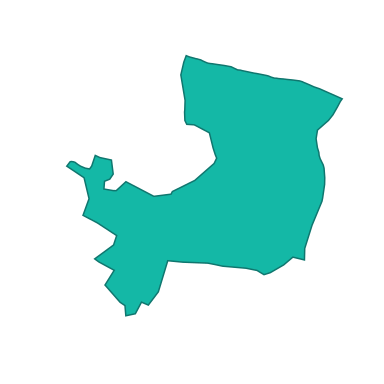 Yankwashi, Jigawa, Nigeria, rotated 107°
{"feature_id": "59680162B90957738044815", "entity_name": "Yankwashi", "entity_type": "district", "adm_level": 2, "iso_a3": "NGA", "parent_name": "Nigeria", "parent_adm1": "Jigawa", "projection": "equal_earth", "projection_center": [8.483, 12.74], "detail": "fine", "context": "isolated", "style": "filled", "palette": "teal", "viewbox_px": 384, "rotation_deg": 107, "n_neighbors": 0, "source": "geoboundaries", "source_scale": "gbopen_adm2", "svg_char_len": 1763}
<svg xmlns="http://www.w3.org/2000/svg" viewBox="0 0 384 384"><g transform="rotate(107 192 192)"><path d="M59.0,75.6L56.8,93.6L56.0,100.1L55.8,106.1L55.2,110.8L54.9,113.6L54.7,115.4L54.6,116.9L54.3,118.7L54.3,120.7L54.3,121.6L55.4,128.2L56.6,134.2L56.9,136.0L57.0,136.3L57.1,137.1L57.2,137.7L57.6,139.4L58.3,142.8L58.4,144.1L59.0,146.4L59.0,149.9L58.8,151.8L58.7,153.2L58.8,155.0L59.4,161.0L59.8,164.8L60.2,167.5L61.0,176.7L61.3,179.8L61.3,181.2L61.9,184.2L60.8,191.2L61.6,198.2L62.7,205.2L63.5,210.6L63.7,211.4L64.1,214.1L64.1,215.4L63.8,218.1L63.4,220.9L63.1,222.2L63.2,224.5L63.2,225.9L63.3,226.6L63.4,227.5L63.4,228.1L63.4,229.3L63.5,231.5L63.5,232.7L63.6,233.3L63.5,235.2L63.3,237.4L70.2,237.8L83.3,236.9L106.4,225.4L115.6,222.9L117.7,222.5L125.7,219.7L128.8,216.8L127.1,209.5L130.3,192.7L143.7,184.7L149.6,180.6L152.4,178.3L158.3,179.2L174.4,189.2L180.1,192.7L197.3,210.9L200.2,211.4L207.3,227.2L201.5,258.2L212.9,264.9L213.7,267.7L214.9,277.1L207.3,278.8L203.8,274.4L197.9,272.6L185.0,278.4L186.0,290.2L185.3,295.2L196.5,295.5L199.9,296.7L200.4,301.1L199.9,306.1L199.1,309.1L197.8,312.6L197.8,314.3L198.1,316.3L198.7,317.4L203.9,319.3L209.9,299.4L228.5,288.5L246.2,289.4L249.2,273.5L255.7,251.3L265.6,251.5L284.4,265.5L286.1,260.7L289.6,243.5L306.4,248.0L318.5,228.5L320.2,222.9L329.7,219.1L325.0,210.6L312.1,208.1L312.9,200.7L297.3,195.0L264.8,195.1L261.8,180.4L255.4,156.1L254.6,148.4L254.0,141.1L249.1,118.1L248.0,106.9L250.0,99.0L246.3,93.6L244.9,92.3L234.9,83.0L224.8,76.5L224.1,64.6L213.0,67.7L188.7,67.5L162.9,65.0L159.7,65.3L146.0,67.4L139.6,69.2L130.6,72.7L127.8,74.4L122.7,79.2L119.9,81.1L117.0,82.3L113.0,85.0L104.8,88.9L96.1,90.1L83.6,82.4L77.0,79.8L68.2,77.8L62.0,76.6L59.0,75.6Z" fill="#14b8a6" stroke="#0f766e" stroke-width="1.5"/></g></svg>